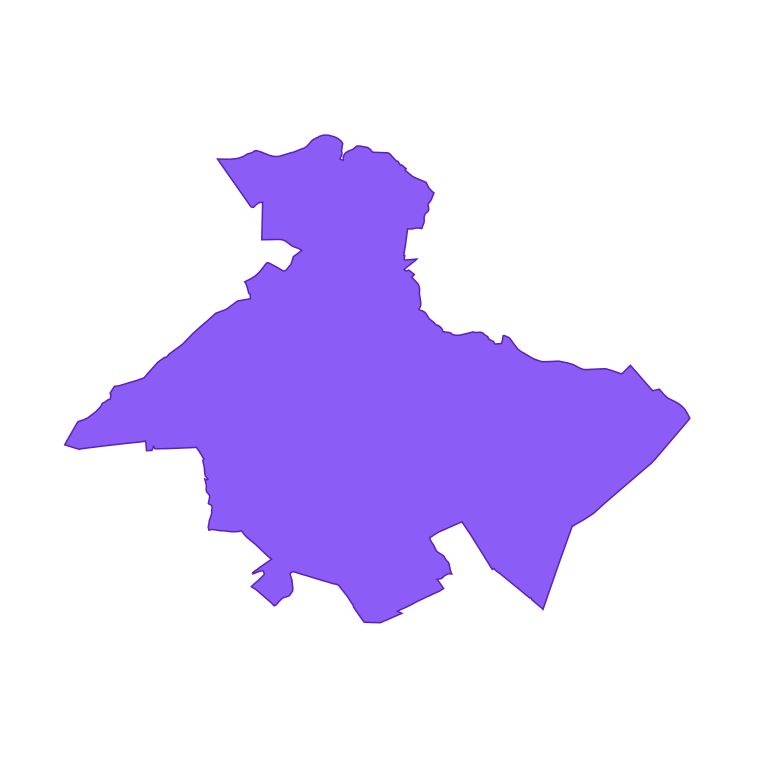 Radaseni, Suceava, Romania (Albers equal-area conic projection), rotated 278°
{"feature_id": "2599482B73099737590201", "entity_name": "Radaseni", "entity_type": "district", "adm_level": 2, "iso_a3": "ROU", "parent_name": "Romania", "parent_adm1": "Suceava", "projection": "albers", "projection_center": [26.255, 47.485], "detail": "fine", "context": "isolated", "style": "filled", "palette": "violet", "viewbox_px": 768, "rotation_deg": 278, "n_neighbors": 0, "source": "geoboundaries", "source_scale": "gbopen_adm2", "svg_char_len": 6162}
<svg xmlns="http://www.w3.org/2000/svg" viewBox="0 0 768 768"><g transform="rotate(278 384 384)"><path d="M436.8,625.4L427.0,618.0L429.2,606.9L429.9,602.1L429.7,599.6L426.4,582.0L426.2,579.1L426.9,576.1L429.6,568.4L430.4,563.2L431.0,554.0L428.9,542.7L428.2,538.3L428.3,535.4L429.6,529.5L430.7,526.1L433.3,520.0L435.5,514.4L436.3,513.3L437.3,511.5L442.2,506.6L445.3,503.7L446.6,502.3L447.4,501.2L448.8,496.2L448.3,495.2L443.8,495.2L440.4,494.6L439.0,488.3L440.6,487.2L441.5,486.2L441.8,484.6L442.3,483.2L443.0,482.5L443.2,481.4L443.5,481.1L443.8,480.8L445.2,480.3L445.4,480.0L446.1,478.2L447.0,476.4L448.3,474.8L448.7,472.4L448.6,471.6L447.8,468.3L447.9,464.7L447.8,464.2L447.0,462.7L445.9,459.8L445.0,457.7L443.7,454.2L443.0,452.7L442.2,447.9L442.6,445.0L442.9,444.0L443.9,443.1L444.1,442.0L444.0,435.1L445.6,434.4L447.2,433.2L448.5,431.5L449.4,429.9L449.7,428.6L449.6,428.1L449.6,427.4L451.6,425.2L454.7,420.1L455.3,419.3L459.6,415.8L460.7,414.4L461.7,412.2L462.3,408.7L462.8,408.3L463.3,408.2L463.9,408.6L465.3,409.1L466.6,409.4L467.4,409.4L470.1,409.0L478.6,406.4L482.6,406.1L484.0,405.8L486.4,404.7L487.7,403.9L488.1,403.5L493.7,396.6L496.6,398.9L500.3,392.7L499.4,391.5L499.1,390.4L499.3,389.2L500.0,388.0L502.5,390.0L509.5,396.7L510.5,397.8L512.3,399.1L509.7,387.7L509.7,387.3L510.0,386.7L514.1,386.7L514.0,385.6L523.7,385.9L541.0,385.8L541.0,387.5L541.3,389.6L542.8,394.1L543.3,396.4L543.2,399.9L544.8,400.1L549.6,401.2L551.1,401.1L554.9,400.5L558.0,401.0L558.9,401.6L560.1,402.8L560.9,403.4L562.0,403.9L563.4,404.0L566.5,403.2L567.5,402.7L568.6,402.8L571.0,404.2L573.2,405.2L580.2,406.9L582.0,404.0L584.5,401.1L589.6,397.5L592.3,387.2L593.4,383.7L595.9,379.5L598.7,375.1L600.3,376.0L603.4,370.9L603.3,370.2L603.0,369.7L606.5,366.7L606.5,365.2L606.9,364.6L612.5,358.0L613.4,356.1L613.4,354.8L612.0,341.0L612.3,339.9L614.0,338.3L615.0,336.8L615.7,335.5L616.0,334.4L616.1,330.4L616.3,328.6L616.3,327.3L616.1,325.4L615.8,324.0L615.7,323.7L612.9,321.3L611.8,320.2L609.7,316.3L608.2,314.5L607.0,313.3L604.2,312.2L602.9,312.1L599.8,312.5L600.4,309.5L601.3,309.2L602.0,309.2L604.1,310.2L605.1,310.4L607.0,310.2L609.0,309.5L616.6,309.6L618.5,307.8L620.2,305.2L621.2,302.7L621.9,300.3L622.6,295.0L622.6,293.4L622.2,291.2L622.2,289.8L620.3,285.6L619.8,285.0L619.3,284.6L618.9,284.0L618.6,283.1L615.9,279.6L614.3,278.2L610.6,275.9L608.3,274.2L606.7,272.4L603.8,266.9L601.2,262.6L600.3,260.2L595.0,248.7L594.3,245.9L594.1,242.2L594.5,238.9L596.8,229.3L597.2,227.1L597.3,225.0L597.0,223.6L594.9,221.3L594.2,220.1L593.4,218.1L592.6,216.4L589.7,213.0L587.4,208.5L586.8,206.8L585.3,200.9L584.7,197.2L583.6,187.8L570.7,199.8L555.4,214.1L541.1,227.4L540.6,229.1L540.9,230.3L544.0,232.7L546.1,235.0L546.9,237.6L547.1,238.5L509.8,242.9L512.4,259.1L512.7,262.8L512.2,265.5L510.4,269.2L508.1,273.2L507.4,275.2L506.3,280.7L504.9,284.0L501.4,280.6L497.5,276.5L492.1,275.7L489.1,275.0L487.2,273.6L483.5,271.5L482.6,270.6L482.2,269.9L482.0,268.8L482.5,267.0L484.2,263.1L487.7,253.7L488.0,252.5L487.8,251.4L487.3,250.7L481.9,247.7L478.8,245.9L476.9,244.6L473.5,241.9L470.1,238.0L465.8,231.8L464.6,233.0L462.4,234.3L455.3,237.4L454.5,238.0L454.3,239.1L449.8,239.7L445.9,227.6L444.8,226.3L436.7,218.2L435.1,215.8L430.7,207.6L422.1,200.4L415.1,194.2L408.2,188.4L395.3,178.9L383.4,166.7L381.6,165.9L380.5,165.1L379.6,162.7L374.1,157.0L360.6,148.0L356.7,145.5L352.9,138.2L345.1,121.1L344.2,117.4L337.2,114.2L336.2,114.2L335.5,115.0L333.5,115.1L330.8,114.9L329.9,112.7L327.3,110.2L326.0,108.1L324.9,107.4L322.7,106.9L316.6,102.6L309.0,95.1L306.8,91.5L304.6,87.1L303.7,85.9L284.2,78.1L279.3,76.3L277.3,88.5L276.9,91.4L277.4,92.3L279.8,100.8L283.5,114.5L289.2,136.5L292.6,150.4L293.8,154.4L294.3,155.6L293.0,156.3L284.9,158.1L285.9,163.4L290.2,164.5L287.9,166.2L290.4,181.5L295.1,207.2L293.8,208.2L291.3,210.7L290.2,211.4L288.5,213.0L286.1,214.6L285.6,215.2L285.4,215.7L285.2,216.0L284.7,216.3L284.4,215.9L283.5,215.3L282.5,215.4L278.8,216.7L276.3,217.7L272.8,218.4L268.9,219.5L267.8,220.0L267.1,221.1L266.0,222.2L265.2,222.9L264.9,223.0L264.6,222.7L264.5,222.0L265.0,219.7L258.6,222.3L255.2,222.5L253.4,223.0L252.6,223.2L251.1,225.1L249.4,226.6L248.6,227.0L245.4,227.0L241.6,226.6L241.0,226.9L240.5,228.2L240.2,229.3L239.5,230.3L237.4,231.1L235.1,230.8L231.5,231.4L224.4,230.0L220.5,230.1L218.6,229.8L217.8,229.8L214.8,231.0L215.9,233.4L216.0,234.1L216.1,236.6L215.9,241.8L216.3,245.7L216.4,247.4L216.4,253.4L217.6,260.5L218.8,263.1L213.9,268.4L210.0,274.5L207.4,278.9L197.5,292.7L194.9,297.0L185.4,286.8L182.3,283.8L181.0,282.2L178.9,280.3L178.1,280.2L177.7,280.6L177.8,280.9L179.9,284.4L181.9,288.5L182.1,289.5L182.0,290.4L180.3,291.4L178.8,291.9L178.0,291.5L171.8,286.7L167.6,282.9L164.8,280.8L163.0,285.0L161.3,287.9L151.6,302.9L149.0,306.1L150.1,307.7L151.9,309.1L154.2,310.4L157.4,312.9L158.9,314.9L159.7,317.1L160.5,318.6L161.0,319.4L161.6,320.0L166.0,322.2L166.9,322.3L169.0,322.2L170.4,321.8L177.1,320.1L181.5,318.0L182.8,317.6L183.3,317.6L184.3,318.4L185.3,319.4L185.6,320.0L183.7,331.6L183.7,332.6L182.9,337.2L181.2,347.9L179.0,362.8L179.2,364.1L178.5,366.9L168.6,377.2L161.7,383.2L161.1,384.0L159.7,384.5L158.7,385.1L153.3,389.9L145.4,397.4L146.0,404.3L147.1,413.6L159.4,433.6L160.9,428.9L162.6,431.4L165.9,436.8L169.7,442.4L172.5,446.0L175.0,449.7L176.5,452.1L178.7,455.2L181.1,459.3L182.9,461.8L186.6,467.8L189.8,471.5L196.4,465.4L197.9,463.6L199.0,467.2L199.7,468.5L202.1,470.2L204.9,473.7L205.1,474.8L205.3,477.6L206.5,476.8L209.2,475.5L215.4,473.3L216.4,472.5L217.6,470.9L218.9,469.5L220.3,468.3L221.7,467.4L222.1,467.0L225.2,460.3L226.4,458.8L231.5,455.5L234.4,452.8L236.4,451.4L238.4,450.5L239.2,452.1L241.9,455.0L244.7,458.3L254.8,474.5L258.4,480.5L257.3,481.3L246.4,491.1L229.2,505.5L215.4,517.0L216.6,518.7L215.0,520.4L213.6,522.8L212.4,525.3L197.6,549.6L196.1,551.9L192.4,558.1L192.5,559.2L192.5,559.4L191.1,560.2L183.5,572.2L182.9,572.8L229.8,582.0L269.6,590.2L269.8,591.2L270.0,591.5L271.0,592.4L277.4,600.7L284.9,609.4L296.5,619.0L334.7,652.6L342.6,659.7L347.3,663.0L392.4,691.7L396.7,688.8L401.0,685.2L403.9,681.4L405.9,677.6L407.4,673.5L409.5,667.1L412.0,663.3L417.2,657.4L414.7,650.9L436.8,625.4Z" fill="#8b5cf6" stroke="#5b21b6" stroke-width="1.5"/></g></svg>